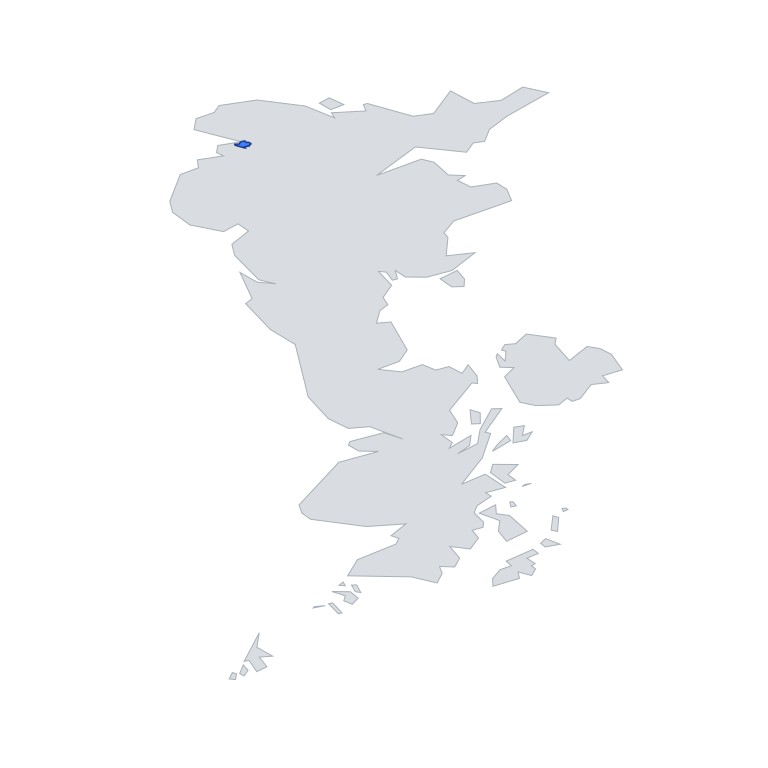 Thurrock highlighted on a map of United Kingdom, rotated 187°
{"feature_id": "GBR-2676", "entity_name": "Thurrock", "entity_type": "Unitary Authority", "adm_level": 1, "iso_a3": "GBR", "parent_name": "United Kingdom", "parent_adm1": "", "projection": "equal_earth", "projection_center": [0.371, 51.502], "detail": "fine", "context": "in_parent", "style": "filled", "palette": "blue", "viewbox_px": 768, "rotation_deg": 187, "n_neighbors": 0, "source": "natural_earth", "source_scale": "10m", "svg_char_len": 4235}
<svg xmlns="http://www.w3.org/2000/svg" viewBox="0 0 768 768"><g transform="rotate(187 384 384)"><path d="M416.7,590.1L374.4,611.7L361.3,610.2L345.7,599.3L328.9,600.7L336.0,595.1L321.9,590.1L296.6,597.2L285.9,592.3L279.7,581.6L334.5,554.4L343.0,541.4L338.4,537.3L337.9,518.8L309.7,525.4L330.3,505.0L354.7,495.2L375.8,492.8L386.6,498.0L383.5,490.0L388.4,488.1L395.2,495.3L403.3,495.1L388.5,482.9L395.5,469.8L389.9,463.2L397.0,456.3L398.9,443.4L384.6,446.4L365.1,420.6L371.5,408.4L392.0,397.8L367.7,398.2L348.2,407.9L334.3,404.1L321.7,409.2L307.7,404.1L302.9,413.3L292.7,403.4L291.2,395.9L296.8,395.8L315.8,365.9L306.1,354.5L309.7,341.2L321.0,340.7L309.1,334.2L311.4,328.1L291.4,343.6L291.5,333.4L302.4,323.8L283.9,336.1L283.1,350.4L274.2,372.4L264.1,374.0L277.7,348.6L272.1,347.9L277.4,322.8L294.8,293.9L272.6,306.8L250.8,296.2L269.9,288.5L263.9,285.7L277.0,274.4L278.7,267.1L268.3,258.9L268.2,253.9L278.6,249.5L271.4,242.7L278.2,230.8L298.9,230.8L287.7,220.4L291.5,211.0L306.7,209.7L303.2,203.0L307.0,193.0L333.5,195.9L396.7,189.2L388.9,206.5L352.7,226.5L350.4,232.5L358.5,234.3L345.3,247.8L384.2,240.4L440.3,240.8L449.7,245.8L453.6,253.6L419.3,300.8L381.3,316.4L401.1,314.4L411.9,319.0L410.8,322.7L378.3,335.6L358.5,331.7L392.9,339.9L414.0,335.6L435.0,342.8L457.7,362.0L476.9,412.4L503.4,424.2L531.1,446.9L525.3,452.7L540.6,477.2L522.2,469.6L503.6,470.3L521.0,472.2L548.0,493.5L552.0,504.1L537.1,519.4L548.4,525.2L561.8,515.7L596.0,518.2L614.6,528.5L618.9,539.1L611.8,567.0L594.5,576.0L596.6,583.7L571.3,590.8L578.4,593.3L578.0,600.5L555.4,607.0L603.6,613.3L602.8,624.5L585.6,632.8L581.6,640.3L544.6,650.4L496.2,650.3L465.4,642.1L469.3,646.8L435.2,652.8L438.5,658.8L434.8,660.4L387.8,653.3L367.8,658.5L353.7,683.0L328.7,673.4L302.3,679.8L282.5,695.6L256.2,693.2L294.7,664.7L310.4,649.6L313.7,637.1L324.9,634.1L330.4,624.1L381.8,623.1L416.7,590.1ZM248.8,450.9L218.8,450.5L219.2,444.3L202.9,429.9L186.9,446.0L173.6,445.4L162.0,441.2L149.1,427.1L168.1,418.8L161.1,412.8L178.3,408.7L187.4,393.5L195.1,389.7L200.5,392.3L208.2,384.5L230.6,381.1L246.8,382.4L265.1,405.8L257.0,416.1L271.1,414.8L276.0,424.4L275.2,427.8L266.6,421.5L266.9,431.4L271.5,432.0L268.9,437.8L258.4,440.0L248.8,450.9ZM252.5,204.2L246.2,213.8L235.4,219.1L241.1,223.1L215.9,238.1L210.3,234.6L221.0,228.5L212.1,224.1L215.6,221.4L211.0,219.0L214.1,211.9L227.9,213.8L225.9,207.6L251.2,196.5L252.5,204.2ZM252.5,251.8L252.4,262.5L273.7,267.4L258.5,277.7L256.7,268.9L243.4,268.8L223.9,255.3L243.2,242.8L252.5,251.8ZM475.2,83.0L484.3,93.2L489.0,91.7L477.5,121.9L478.1,107.2L461.5,100.3L474.5,97.7L465.8,89.1L475.2,83.0ZM266.3,317.5L241.2,320.4L249.9,309.1L241.7,304.6L252.0,300.3L267.5,309.1L266.3,317.5ZM328.6,488.7L341.1,495.3L325.2,505.6L316.9,498.0L316.4,490.5L328.6,488.7ZM248.8,341.2L249.9,356.9L239.6,359.8L240.3,349.8L231.1,354.6L235.3,345.5L248.8,341.2ZM397.5,163.9L396.5,169.0L410.4,171.7L392.0,173.7L383.6,168.3L388.6,161.5L397.5,163.9ZM295.5,369.0L285.0,367.1L283.6,356.4L292.3,355.0L295.5,369.0ZM482.4,654.9L473.3,661.3L458.0,656.4L470.4,649.8L482.4,654.9ZM255.9,347.9L251.3,343.3L268.2,330.4L264.5,336.9L255.9,347.9ZM204.2,241.9L209.2,245.0L204.8,250.2L189.7,246.4L204.2,241.9ZM200.3,273.7L194.3,272.9L193.8,258.8L200.3,259.3L200.3,273.7ZM489.5,88.1L484.1,83.3L487.4,77.2L491.9,79.0L489.5,88.1ZM412.2,159.1L408.3,160.5L397.8,151.7L401.3,150.4L412.2,159.1ZM391.8,180.5L386.6,181.2L381.6,174.2L387.2,174.4L391.8,180.5ZM501.7,72.4L499.3,79.1L495.0,78.4L495.4,72.5L501.7,72.4ZM425.9,154.6L415.3,156.8L427.0,153.1L425.9,154.6ZM244.8,282.2L241.6,282.8L237.8,279.2L243.0,277.4L244.8,282.2ZM404.1,178.7L400.4,182.5L397.8,179.0L404.1,178.7ZM232.1,301.4L225.6,303.3L234.4,299.2L232.1,301.4ZM192.1,282.2L187.9,283.0L186.2,281.8L190.4,279.2L192.1,282.2Z" fill="#d9dde1" stroke="#a8b0b8" stroke-width="1"/><path d="M561.3,603.8L560.3,603.9L556.9,604.6L556.6,605.0L556.5,605.6L556.2,606.3L555.6,606.9L554.9,607.3L554.1,607.5L553.4,607.8L552.6,608.1L552.1,608.2L551.1,608.1L550.7,607.6L550.4,606.9L549.6,607.0L548.1,607.4L545.6,606.6L545.3,606.3L545.4,605.8L545.6,605.6L546.5,605.0L546.8,603.7L548.0,603.9L548.3,603.3L551.1,602.5L550.3,601.4L552.0,601.4L555.5,602.0L558.1,602.3L560.4,602.8L561.2,603.1L561.3,603.8Z" fill="#3b82f6" stroke="#1e3a8a" stroke-width="1.5"/></g></svg>